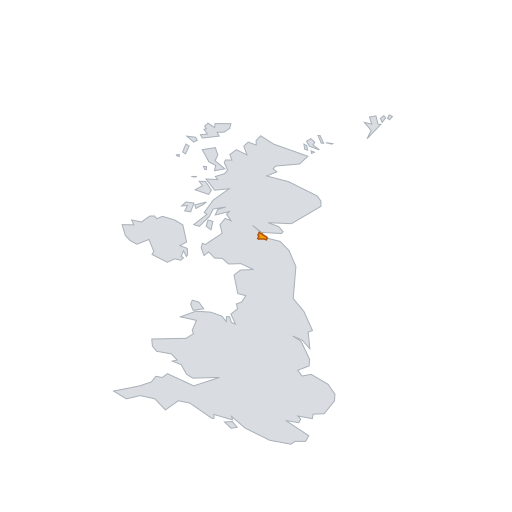 location of Edinburgh within United Kingdom, rotated 26°
{"feature_id": "GBR-2023", "entity_name": "Edinburgh", "entity_type": "Unitary District (city)", "adm_level": 1, "iso_a3": "GBR", "parent_name": "United Kingdom", "parent_adm1": "", "projection": "natural_earth1", "projection_center": [-3.306, 55.904], "detail": "fine", "context": "in_parent", "style": "filled", "palette": "amber", "viewbox_px": 512, "rotation_deg": 26, "n_neighbors": 0, "source": "natural_earth", "source_scale": "10m", "svg_char_len": 4244}
<svg xmlns="http://www.w3.org/2000/svg" viewBox="0 0 512 512"><g transform="rotate(26 256 256)"><path d="M276.3,381.2L252.7,393.5L245.3,392.7L236.3,386.4L226.8,387.2L230.8,384.0L222.7,381.1L208.5,385.2L202.4,382.4L198.7,376.3L229.3,360.6L233.9,353.1L231.2,350.8L230.7,340.0L214.8,343.8L226.2,332.0L239.9,326.3L251.8,325.0L258.0,328.0L256.1,323.3L258.9,322.2L262.9,326.4L267.4,326.2L258.9,319.2L262.6,311.5L259.4,307.7L263.3,303.6L264.2,296.1L256.1,297.8L244.6,282.7L248.1,275.5L259.6,269.3L245.8,269.5L234.8,275.2L226.8,272.9L219.7,276.0L211.7,273.0L209.1,278.4L203.1,272.6L202.2,268.1L205.3,268.0L215.6,250.4L209.9,243.6L211.8,235.7L218.2,235.3L211.3,231.5L212.5,227.8L201.4,237.0L201.2,231.0L207.3,225.2L196.9,232.6L196.7,241.1L192.0,254.2L186.3,255.1L193.6,240.0L190.4,239.6L193.0,224.6L202.4,207.3L190.0,215.0L177.3,208.7L188.0,204.1L184.6,202.4L191.8,195.6L192.7,191.1L186.6,186.1L186.4,183.1L192.3,180.4L188.0,176.3L191.7,169.1L203.6,169.1L196.9,162.7L199.0,157.0L207.6,156.2L205.5,152.1L207.5,145.9L222.8,147.7L258.9,143.6L254.8,154.2L234.3,166.5L233.1,170.1L237.8,171.2L230.5,179.4L252.6,174.9L284.8,175.2L290.3,178.2L292.6,182.9L273.7,211.4L252.2,220.8L263.5,219.6L269.7,222.3L269.1,224.6L250.8,232.3L239.4,230.0L259.2,234.9L271.2,232.3L283.3,236.6L296.5,248.0L308.1,277.9L323.3,284.8L339.4,298.2L336.2,301.5L345.1,315.8L334.6,311.4L324.0,311.8L333.9,312.9L349.5,325.4L351.9,331.5L343.6,340.4L350.0,343.7L357.5,338.2L377.0,339.7L387.6,345.7L390.1,351.8L386.4,367.9L376.7,373.1L377.9,377.5L363.7,381.5L367.7,383.0L367.6,387.1L354.9,390.8L382.2,394.4L381.8,400.8L372.2,405.6L370.0,409.8L349.2,415.6L321.9,415.5L304.4,410.9L306.7,413.6L287.5,416.9L289.5,420.4L287.4,421.2L260.8,417.2L249.6,420.2L242.0,434.1L227.7,428.7L213.0,432.3L202.1,441.2L187.2,439.8L208.4,423.7L217.1,415.1L218.8,408.0L225.0,406.3L228.0,400.6L257.0,400.0L276.3,381.2ZM179.0,300.5L161.9,300.2L162.1,296.6L152.5,288.1L143.8,297.6L136.1,297.3L129.5,294.8L121.9,286.5L132.5,281.6L128.4,278.1L138.1,275.7L143.0,266.7L147.3,264.5L150.4,266.0L154.6,261.3L167.3,259.3L176.6,260.1L187.5,273.9L183.1,280.0L191.0,279.3L194.0,284.9L193.6,286.9L188.6,283.2L188.9,289.0L191.6,289.4L190.2,292.8L184.3,294.1L179.0,300.5ZM176.4,152.8L173.0,158.7L166.9,161.9L170.3,164.4L156.1,173.5L152.8,171.4L158.9,167.7L153.7,165.0L155.6,163.4L152.9,161.8L154.6,157.6L162.5,158.7L161.2,154.9L175.5,148.1L176.4,152.8ZM177.4,181.9L177.5,188.3L189.8,191.3L181.3,197.5L180.1,192.2L172.5,192.1L161.1,184.0L171.9,176.4L177.4,181.9ZM302.4,77.5L307.8,83.9L310.5,83.0L304.4,101.9L304.5,92.7L294.8,88.4L302.2,86.7L297.1,81.3L302.4,77.5ZM186.5,221.4L172.3,223.2L177.0,216.4L172.2,213.7L178.0,211.1L187.1,216.4L186.5,221.4ZM224.9,322.5L232.1,326.4L223.3,332.4L218.4,328.0L218.1,323.6L224.9,322.5ZM177.0,235.6L177.9,245.0L172.1,246.7L172.3,240.8L167.2,243.6L169.3,238.2L177.0,235.6ZM259.0,128.0L258.5,131.2L266.5,132.8L256.0,134.0L251.1,130.7L253.8,126.5L259.0,128.0ZM204.1,252.2L198.1,251.1L197.1,244.7L202.1,243.8L204.1,252.2ZM314.2,418.2L309.1,421.7L300.5,419.0L307.3,415.2L314.2,418.2ZM181.2,239.6L178.5,236.9L187.8,229.2L185.9,233.0L181.2,239.6ZM149.5,175.8L152.5,177.7L150.0,180.9L141.3,178.6L149.5,175.8ZM147.9,195.1L144.5,194.6L143.9,186.1L147.7,186.4L147.9,195.1ZM310.8,80.7L307.5,77.7L309.4,73.8L312.0,75.0L310.8,80.7ZM267.4,125.1L265.1,125.9L258.9,120.4L260.9,119.7L267.4,125.1ZM256.0,138.3L253.0,138.7L250.0,134.4L253.2,134.5L256.0,138.3ZM317.5,70.8L316.3,75.0L313.8,74.6L313.9,70.8L317.5,70.8ZM275.2,122.2L269.1,123.6L275.7,121.3L275.2,122.2ZM173.5,200.2L171.8,200.6L169.5,198.4L172.4,197.3L173.5,200.2ZM263.0,137.1L261.0,139.5L259.4,137.3L263.0,137.1ZM166.7,211.8L163.0,212.9L167.9,210.4L166.7,211.8ZM143.4,200.2L141.1,200.7L140.1,200.0L142.4,198.4L143.4,200.2Z" fill="#d9dde1" stroke="#a8b0b8" stroke-width="1"/><path d="M248.5,233.3L249.7,233.6L250.9,233.6L251.4,233.4L251.7,233.4L251.9,233.7L252.4,234.0L257.2,234.3L257.4,234.4L257.9,234.9L258.1,235.0L258.4,235.1L258.4,235.4L258.2,236.2L258.2,237.0L256.9,237.0L255.4,237.3L253.8,238.2L251.4,239.3L250.9,239.7L250.7,239.5L250.2,239.4L249.9,239.5L249.9,238.8L250.1,237.2L250.0,236.9L249.5,236.7L248.9,236.6L248.5,236.1L248.5,235.1L248.5,234.3L248.5,233.5L248.5,233.4L248.5,233.3Z" fill="#f59e0b" stroke="#b45309" stroke-width="1.5"/></g></svg>